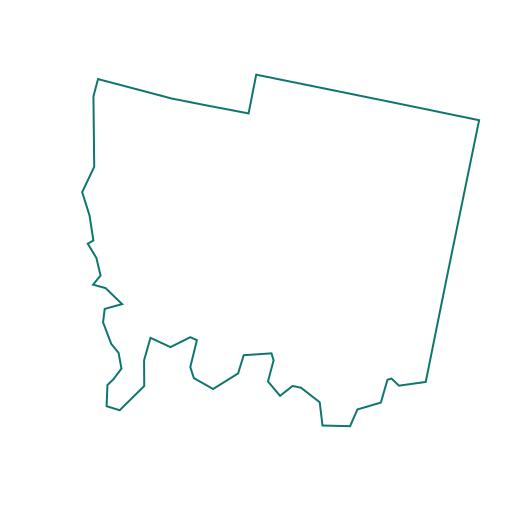 outline of Autauga, Alabama, United States of America, rotated 12°
{"feature_id": "52423323B1786789370049", "entity_name": "Autauga", "entity_type": "district", "adm_level": 2, "iso_a3": "USA", "parent_name": "United States of America", "parent_adm1": "Alabama", "projection": "orthographic", "projection_center": [-86.703, 32.508], "detail": "fine", "context": "isolated", "style": "outline", "palette": "teal", "viewbox_px": 512, "rotation_deg": 12, "n_neighbors": 0, "source": "geoboundaries", "source_scale": "gbopen_adm2", "svg_char_len": 827}
<svg xmlns="http://www.w3.org/2000/svg" viewBox="0 0 512 512"><g transform="rotate(12 256 256)"><path d="M142.1,406.3L137.5,413.1L141.1,434.0L154.7,435.2L173.7,406.4L168.2,381.3L169.8,358.0L191.3,362.9L208.6,349.1L215.7,350.6L214.8,378.3L220.6,388.4L241.7,395.0L262.9,374.6L264.6,355.6L291.4,348.0L294.9,354.4L293.8,376.2L308.6,387.8L318.8,375.5L327.4,375.5L348.7,385.8L356.3,408.0L383.4,402.9L387.1,385.0L408.6,373.4L410.3,349.8L414.0,347.7L422.8,353.1L448.2,343.9L447.1,237.2L446.8,191.8L446.0,76.8L361.9,77.3L218.5,78.6L219.1,118.1L175.2,119.0L141.1,119.5L64.7,115.8L63.8,133.6L79.2,202.4L72.7,229.7L84.7,250.9L93.7,274.6L88.9,279.0L100.3,291.1L108.0,307.4L102.6,317.9L115.6,318.7L135.0,330.9L119.0,339.2L120.2,352.7L132.7,372.1L141.7,379.3L147.8,394.1L142.1,406.3Z" fill="none" stroke="#0f766e" stroke-width="2"/></g></svg>